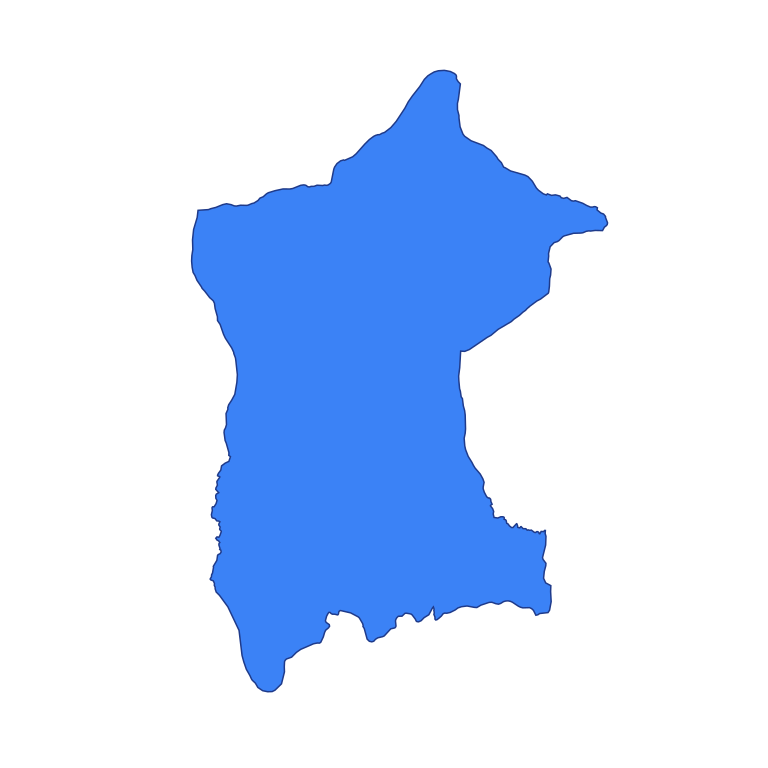 Shieb, Semenawi Keyih Bahri, Eritrea (orthographic projection), rotated 276°
{"feature_id": "51966322B10496032300276", "entity_name": "Shieb", "entity_type": "district", "adm_level": 2, "iso_a3": "ERI", "parent_name": "Eritrea", "parent_adm1": "Semenawi Keyih Bahri", "projection": "orthographic", "projection_center": [39.092, 15.818], "detail": "fine", "context": "isolated", "style": "filled", "palette": "blue", "viewbox_px": 768, "rotation_deg": 276, "n_neighbors": 0, "source": "geoboundaries", "source_scale": "gbopen_adm2", "svg_char_len": 6154}
<svg xmlns="http://www.w3.org/2000/svg" viewBox="0 0 768 768"><g transform="rotate(276 384 384)"><path d="M173.8,571.0L176.3,572.3L185.0,573.0L195.0,571.4L200.9,571.0L203.1,565.6L207.5,563.0L214.3,563.0L220.2,563.9L222.6,563.8L226.2,560.5L227.9,559.8L240.7,561.6L249.5,561.0L252.2,559.9L255.2,559.8L255.2,559.1L253.9,558.1L253.8,555.7L251.3,554.6L251.4,554.0L252.6,553.4L253.2,552.4L253.2,551.5L252.1,550.1L252.2,549.0L254.1,545.8L253.7,544.2L254.0,542.9L253.6,541.7L254.9,540.2L254.7,537.4L256.5,535.3L256.4,534.9L255.1,534.1L255.4,532.0L257.1,531.6L258.8,530.8L258.9,530.4L254.7,527.2L254.6,525.8L256.0,523.6L257.8,522.0L258.3,520.6L260.9,519.8L261.7,519.1L262.0,517.6L263.5,517.6L264.1,517.2L264.4,516.2L264.2,514.1L262.6,511.1L262.8,507.4L266.2,506.2L268.7,506.4L271.5,505.0L273.9,502.6L274.4,502.6L275.7,504.1L278.1,502.7L280.5,502.1L281.3,501.3L281.7,500.4L281.5,499.7L282.6,497.9L286.8,495.1L290.1,493.6L291.8,493.4L296.7,493.8L300.1,492.2L304.5,489.1L310.0,483.3L312.5,481.4L315.3,479.6L320.8,475.3L327.3,472.0L330.9,470.8L338.4,469.4L343.6,469.9L347.8,469.8L361.6,468.0L365.9,467.0L370.5,465.2L377.7,463.5L379.3,462.1L384.8,460.7L387.1,459.7L395.1,458.1L399.7,457.4L408.1,457.6L424.7,456.8L424.9,460.9L427.2,465.3L441.2,481.8L443.6,485.3L450.3,491.8L459.4,504.1L462.2,506.6L466.4,511.5L470.0,514.7L472.1,517.1L473.8,518.3L476.8,521.1L482.5,527.3L484.9,530.9L491.5,537.9L492.8,538.2L498.6,538.3L506.1,537.8L509.7,538.3L515.8,538.1L521.6,535.3L522.6,534.4L528.4,534.4L531.0,534.0L537.9,534.9L542.4,538.4L543.8,541.6L545.0,543.1L549.1,546.3L550.2,547.9L553.7,556.7L554.7,564.0L555.2,566.0L557.0,569.2L557.7,571.7L557.7,573.4L558.8,578.0L559.4,585.3L563.0,586.8L564.6,588.5L565.8,589.3L567.6,589.5L573.0,586.8L573.8,586.8L576.0,584.6L576.7,581.8L579.4,577.7L581.6,577.8L582.4,576.0L582.4,574.5L581.8,573.1L581.5,571.0L582.7,567.0L584.5,562.8L586.3,555.2L585.7,553.3L585.9,551.2L588.7,546.5L587.4,543.3L587.8,540.8L589.3,539.4L589.9,535.7L590.0,534.6L589.1,530.9L590.2,526.6L589.0,525.7L589.8,522.5L592.9,517.3L594.8,515.1L601.2,510.3L605.3,505.5L606.5,502.3L609.1,487.6L611.7,482.0L612.2,480.3L616.4,477.6L619.5,473.9L621.8,472.2L627.4,466.2L629.4,461.7L631.6,458.0L635.0,445.2L638.8,438.3L640.8,436.4L647.7,432.8L656.3,430.8L658.9,430.5L664.5,428.4L670.7,427.7L674.9,428.2L690.4,428.6L692.5,426.1L695.1,424.1L697.7,423.9L698.8,423.4L700.1,421.7L701.7,417.4L702.1,413.1L702.2,411.1L701.2,405.3L699.6,401.3L697.2,398.0L695.1,395.4L691.2,392.3L683.6,388.5L673.6,382.2L667.3,378.7L660.4,375.9L646.5,368.7L639.7,364.0L634.2,358.2L633.2,355.9L631.5,353.5L631.3,351.8L630.4,349.7L629.2,347.8L625.6,343.9L620.7,339.9L610.1,332.3L606.7,329.1L602.3,321.4L602.6,320.4L601.4,317.5L598.3,314.2L594.6,312.2L592.4,311.6L579.3,310.4L577.9,309.7L576.3,307.9L575.6,306.5L575.6,303.9L575.0,302.4L574.7,296.6L573.3,293.8L572.9,290.7L572.2,289.4L572.2,287.6L573.3,285.9L573.6,284.7L573.6,283.2L572.9,280.4L568.9,272.8L568.1,270.0L567.4,263.1L564.9,255.5L562.1,248.9L560.8,247.2L557.6,244.3L555.9,241.2L553.3,239.5L550.4,235.8L549.6,233.6L547.7,230.2L547.3,228.9L546.8,222.6L545.5,218.5L545.5,216.4L546.4,213.2L546.8,208.6L545.6,205.0L542.0,198.2L540.3,193.5L539.1,191.2L537.3,180.9L530.1,180.8L517.8,178.5L507.3,178.5L497.7,179.8L491.7,179.5L486.2,179.8L480.0,181.0L475.0,182.5L472.1,184.7L467.5,187.2L461.6,192.2L460.1,193.1L457.6,196.0L451.7,201.6L449.0,205.4L446.6,206.9L441.3,208.2L433.5,211.3L429.7,211.8L426.1,214.8L416.7,219.2L412.9,221.5L403.9,228.8L399.8,231.2L398.5,231.5L394.5,233.5L391.8,234.2L377.9,237.2L370.3,237.5L358.1,236.7L352.0,234.2L347.1,231.7L344.1,231.1L342.6,231.4L338.1,230.0L327.1,231.6L323.6,230.9L321.5,230.0L319.0,230.0L311.2,231.9L308.7,233.3L299.4,237.0L296.8,237.1L295.7,238.9L290.8,237.8L288.7,234.3L285.6,231.0L281.3,230.7L277.9,228.7L276.0,228.0L275.3,228.1L274.7,230.3L274.1,230.4L269.9,228.1L269.2,228.0L266.0,228.9L263.0,227.7L261.6,227.7L258.6,231.0L257.0,228.8L255.6,228.3L252.8,228.7L250.8,230.1L247.5,229.5L244.2,227.9L243.9,226.3L242.9,225.9L240.1,226.5L236.0,226.0L233.6,226.7L232.9,227.4L232.5,230.0L230.4,232.0L230.4,234.0L229.8,235.2L228.0,234.5L226.6,234.4L224.6,236.0L222.6,235.7L222.0,235.9L220.9,237.3L220.2,237.6L216.4,236.7L214.7,236.0L214.3,235.7L214.5,233.9L213.0,232.8L211.3,234.3L210.7,235.9L209.2,237.3L208.1,236.6L206.7,236.6L203.2,238.1L202.2,237.9L201.8,239.0L200.4,239.5L199.6,239.5L198.1,238.7L197.0,236.9L196.2,236.4L191.1,236.2L184.8,233.3L183.7,233.6L178.0,233.2L176.4,232.5L174.0,232.5L172.3,231.6L171.6,231.6L171.0,232.3L170.4,234.8L168.0,236.2L165.9,236.3L164.3,237.3L162.6,237.5L159.5,238.9L156.6,242.5L146.1,252.0L123.8,265.6L99.2,271.2L93.0,273.6L85.9,276.9L79.9,281.2L76.8,283.0L75.5,284.1L73.1,287.3L69.0,290.3L66.3,295.4L65.8,300.4L66.4,304.9L68.1,307.6L75.1,313.4L87.3,315.1L92.3,314.4L97.5,314.1L98.9,314.6L100.3,315.7L102.7,320.7L107.9,324.9L111.4,328.9L118.3,341.1L119.4,344.6L119.6,347.0L120.5,348.1L126.2,350.1L130.7,350.9L133.0,351.7L135.7,354.3L137.4,355.2L139.0,354.7L140.8,351.5L141.9,350.7L142.6,350.5L147.1,351.2L150.1,352.4L151.2,353.2L151.1,354.4L150.3,355.2L149.7,356.6L149.9,359.2L149.5,361.8L149.7,362.3L150.4,362.7L152.7,362.9L153.4,363.3L154.1,364.1L154.1,365.0L152.9,374.7L149.7,382.7L148.8,383.9L143.5,387.8L141.6,388.5L140.7,388.4L138.8,389.9L128.5,393.9L126.6,396.3L126.3,398.8L127.1,400.7L129.2,402.2L130.9,404.3L132.6,409.1L133.5,410.6L141.2,416.3L142.6,420.3L143.8,421.1L144.7,421.2L149.5,420.2L150.8,420.3L152.8,421.1L154.5,422.5L155.0,426.2L158.1,428.8L158.4,430.1L158.2,433.7L157.9,435.3L157.1,436.3L153.6,439.6L151.5,440.9L151.1,441.7L151.1,443.3L152.5,445.7L155.8,448.3L159.2,452.7L166.5,455.7L167.5,456.4L165.2,457.4L164.3,457.2L161.6,457.9L160.1,457.7L157.6,459.0L155.4,459.3L154.7,460.1L155.1,461.3L156.7,463.0L159.2,465.3L161.8,466.9L162.5,468.3L162.6,470.4L163.7,473.7L166.7,478.4L169.0,480.9L170.6,484.3L171.9,489.8L171.3,497.3L171.4,499.7L174.2,503.5L177.8,511.4L178.2,514.1L177.2,518.1L177.0,520.9L178.0,523.0L180.1,525.7L180.9,527.8L181.3,530.0L181.1,532.3L180.4,534.5L177.1,540.8L176.3,543.0L175.9,545.4L176.8,552.2L176.0,554.3L174.5,556.3L169.9,559.2L170.6,561.2L172.0,562.8L173.8,571.0Z" fill="#3b82f6" stroke="#1e3a8a" stroke-width="1.5"/></g></svg>